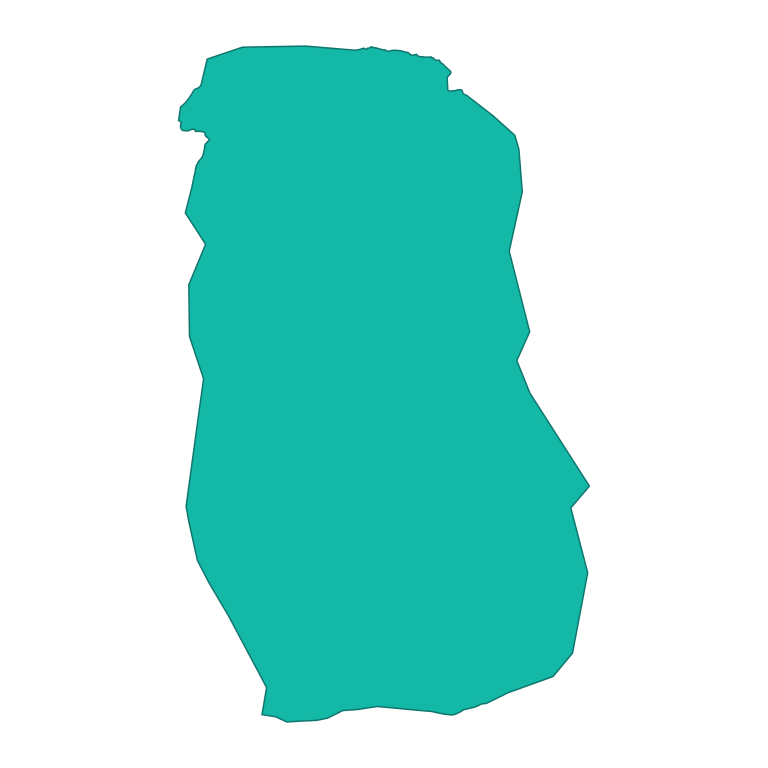 O'ndorxangai, Uvs, Mongolia
{"feature_id": "93677404B26996117801254", "entity_name": "O'ndorxangai", "entity_type": "district", "adm_level": 2, "iso_a3": "MNG", "parent_name": "Mongolia", "parent_adm1": "Uvs", "projection": "robinson", "projection_center": [94.78, 49.157], "detail": "fine", "context": "isolated", "style": "filled", "palette": "teal", "viewbox_px": 768, "rotation_deg": 0, "n_neighbors": 0, "source": "geoboundaries", "source_scale": "gbopen_adm2", "svg_char_len": 3396}
<svg xmlns="http://www.w3.org/2000/svg" viewBox="0 0 768 768"><path d="M178.6,120.4L180.0,121.6L180.9,122.0L181.3,122.3L181.5,122.6L181.2,123.1L180.9,123.8L180.7,124.7L180.6,125.1L180.7,125.6L180.5,126.2L180.4,126.8L180.7,127.6L181.6,129.6L182.1,130.1L182.9,130.4L183.6,130.6L184.4,130.6L185.2,130.7L186.5,130.9L188.0,130.8L189.8,130.2L192.0,129.2L192.4,129.1L192.9,129.4L193.9,129.3L194.8,129.5L195.1,129.8L195.1,130.4L195.1,130.9L195.4,131.3L196.4,131.4L198.3,131.3L199.3,131.4L200.4,131.3L201.2,131.5L202.0,131.8L203.4,131.8L204.1,132.1L204.7,132.7L205.0,133.2L205.1,134.1L205.1,134.9L205.4,135.5L206.0,136.4L206.6,137.0L207.3,137.5L207.9,137.9L209.0,139.0L209.2,139.6L209.2,140.0L208.9,140.4L208.0,141.2L207.3,142.0L206.6,142.8L206.1,143.5L205.6,143.8L205.2,144.3L205.0,144.9L205.0,145.5L204.5,147.0L204.5,147.6L204.7,148.2L204.7,148.7L204.3,149.6L204.0,150.7L203.8,152.1L203.3,153.6L203.3,154.3L202.3,156.9L201.4,158.2L198.7,161.3L197.8,162.7L197.4,164.0L196.3,165.5L195.8,168.0L195.4,169.6L195.4,170.8L194.9,173.1L194.2,175.8L191.8,187.7L185.3,212.9L205.6,244.3L188.8,284.8L189.5,336.5L203.6,378.8L199.1,411.2L186.1,506.4L188.7,520.9L197.4,560.4L209.0,582.8L228.6,616.0L266.6,687.5L262.0,714.6L262.6,714.7L275.8,716.8L286.7,721.9L288.0,721.9L302.5,721.0L316.5,720.4L327.3,718.2L333.5,715.2L339.2,712.4L341.9,710.8L345.0,710.4L350.6,710.0L357.8,709.5L368.4,707.8L377.3,706.5L424.8,710.9L431.5,711.4L436.1,712.5L444.3,714.2L448.5,714.6L451.8,715.0L455.4,714.2L459.9,712.1L463.8,709.7L474.5,707.2L477.4,706.0L481.8,703.9L486.2,703.5L507.8,692.8L553.0,676.5L572.5,653.1L587.7,572.8L570.8,507.9L589.4,486.1L530.0,393.3L516.8,360.6L529.7,331.8L509.2,251.2L522.3,191.7L518.9,149.4L514.8,135.3L493.0,115.8L467.0,95.6L463.2,93.9L462.9,92.8L462.5,91.8L462.2,90.6L460.8,89.8L459.5,89.6L458.6,89.7L457.3,90.0L456.5,90.3L456.0,90.7L455.4,90.7L453.9,90.6L452.4,90.8L451.4,91.0L450.3,91.1L449.2,91.0L448.3,90.5L447.7,89.5L447.6,85.5L447.4,82.5L447.3,81.0L447.2,79.9L447.3,78.8L447.3,78.0L447.5,77.0L448.2,76.1L450.0,74.4L450.8,72.9L450.8,72.0L450.3,71.0L448.6,69.6L447.3,68.3L445.6,66.8L444.5,65.7L442.8,64.0L441.7,63.3L441.0,62.9L440.6,62.7L440.4,61.9L439.9,61.5L439.7,61.3L439.7,60.8L439.3,60.4L439.0,60.1L438.5,60.2L437.6,60.4L436.4,60.2L435.2,59.9L434.0,59.1L433.7,58.8L433.8,58.3L433.7,58.1L433.0,58.1L432.4,58.1L432.0,57.5L431.5,57.0L430.8,57.0L430.0,57.1L428.9,57.0L427.8,57.1L427.1,57.2L426.6,57.3L425.8,57.1L424.1,57.0L422.5,56.7L420.4,56.6L419.2,56.6L418.6,56.4L417.7,55.6L417.0,54.9L416.4,54.5L415.8,54.5L415.0,54.7L413.9,55.0L412.2,55.2L411.0,55.0L410.2,54.3L409.4,53.6L408.2,52.7L407.0,52.3L405.5,52.1L403.7,51.6L402.4,51.2L401.1,50.9L399.3,50.7L397.7,50.4L396.6,50.3L395.3,50.4L394.1,50.3L392.4,50.3L391.2,50.5L390.5,50.8L389.5,51.2L388.7,51.2L387.6,51.0L386.6,50.9L385.6,50.3L385.2,49.9L384.5,49.9L383.6,49.9L382.5,49.7L381.0,49.3L379.6,49.0L378.4,48.6L377.3,48.2L376.7,48.1L375.8,47.8L374.6,47.8L373.5,47.4L372.1,47.1L371.2,46.9L370.6,47.0L370.0,47.6L369.2,48.1L368.7,48.2L368.0,48.2L367.5,48.2L367.2,48.4L366.9,49.0L366.3,49.3L365.6,49.2L364.8,48.7L364.3,48.3L363.6,48.4L362.7,48.4L361.5,48.8L360.5,49.3L359.6,49.5L358.4,49.7L357.1,49.9L356.2,50.3L305.5,46.1L273.9,46.6L242.4,47.2L207.2,59.1L201.1,84.8L199.9,86.7L198.3,87.9L194.8,89.4L193.6,90.6L192.7,92.4L189.4,97.6L188.1,99.3L185.4,102.7L182.2,105.7L180.6,106.8L178.6,120.4Z" fill="#14b8a6" stroke="#0f766e" stroke-width="1.5"/></svg>